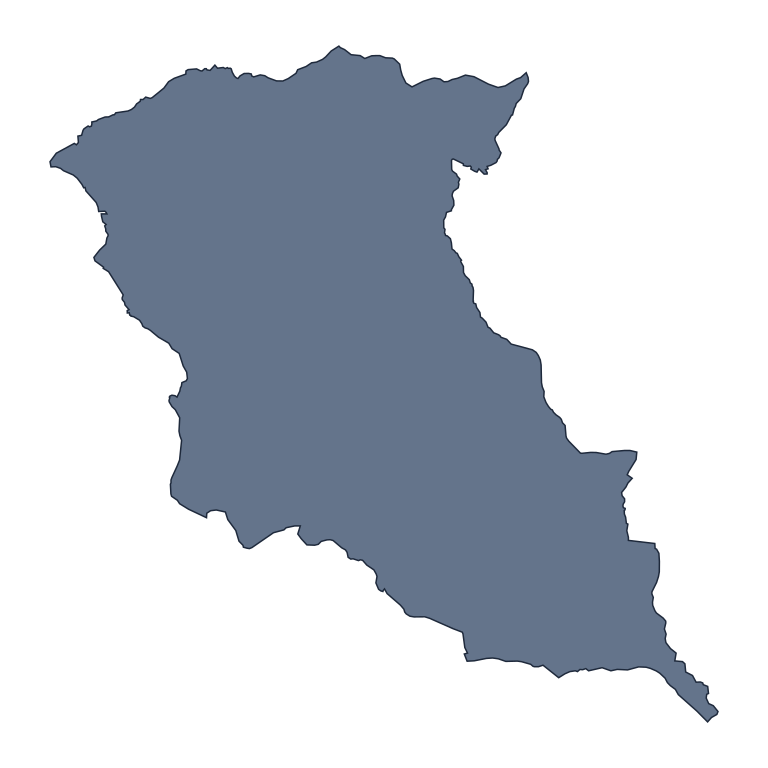 outline of Ilva Mare, Bistrita-Nasaud, Romania
{"feature_id": "2599482B81473048811011", "entity_name": "Ilva Mare", "entity_type": "district", "adm_level": 2, "iso_a3": "ROU", "parent_name": "Romania", "parent_adm1": "Bistrita-Nasaud", "projection": "mercator", "projection_center": [24.906, 47.351], "detail": "fine", "context": "isolated", "style": "filled", "palette": "slate", "viewbox_px": 768, "rotation_deg": 0, "n_neighbors": 0, "source": "geoboundaries", "source_scale": "gbopen_adm2", "svg_char_len": 6011}
<svg xmlns="http://www.w3.org/2000/svg" viewBox="0 0 768 768"><path d="M610.9,670.8L617.2,669.4L627.6,669.9L638.6,666.9L646.1,667.2L650.4,668.4L656.2,670.9L659.8,673.2L665.1,678.2L667.4,682.6L670.3,685.6L675.4,689.4L678.3,694.6L696.8,711.0L707.6,721.9L711.5,717.5L716.9,714.4L718.0,711.5L713.3,705.7L708.7,703.6L706.2,698.1L706.7,694.3L708.5,693.5L707.7,686.4L703.3,684.7L702.7,682.9L700.4,682.0L696.1,682.2L692.5,675.5L685.7,672.0L684.9,663.8L682.5,661.6L674.8,660.9L676.1,653.1L670.5,648.6L665.9,642.6L665.2,638.5L666.1,634.1L664.4,629.0L665.8,623.0L665.7,621.1L663.2,618.1L656.4,613.0L654.9,610.7L652.7,605.3L652.5,602.2L653.3,597.4L651.9,594.0L651.9,591.9L656.6,582.4L658.5,576.4L659.3,571.8L659.4,561.4L658.9,553.3L656.6,549.2L655.1,548.5L654.8,543.5L628.4,540.4L628.4,537.3L626.8,530.7L627.9,524.1L626.4,523.4L625.6,517.1L624.4,514.1L624.2,510.5L625.0,509.9L625.2,508.4L623.4,507.7L622.9,506.0L623.2,504.1L624.6,501.8L624.6,498.8L622.1,495.7L621.6,492.5L625.9,487.1L627.9,483.1L632.2,478.3L627.2,474.8L628.8,471.3L636.1,459.5L636.8,452.1L630.0,450.5L624.4,450.5L612.1,451.6L609.4,453.4L606.0,454.2L596.2,452.5L590.7,452.4L581.9,453.3L580.4,453.1L568.9,441.3L566.6,438.2L566.0,436.0L565.1,425.5L562.5,422.8L561.3,419.3L559.7,417.4L556.1,414.9L553.5,412.3L552.3,409.9L550.7,409.2L548.4,406.4L546.0,402.5L543.8,396.8L544.1,391.4L542.3,386.9L541.5,382.7L541.1,364.9L540.3,360.0L538.3,355.5L536.2,352.4L532.4,349.8L511.2,344.1L506.7,339.3L501.0,337.3L500.0,335.7L498.5,334.7L493.7,332.8L490.0,328.2L488.0,327.2L486.0,322.1L482.2,318.1L480.5,317.1L479.9,312.5L476.6,307.5L475.8,303.9L473.8,303.2L473.4,302.2L473.4,301.1L473.1,301.1L473.5,290.5L473.0,287.3L472.2,286.1L471.9,284.1L470.3,282.9L469.3,279.7L465.2,275.7L463.5,272.5L463.4,266.5L460.8,261.7L460.7,260.9L461.5,260.2L458.8,256.7L457.3,253.4L455.9,252.8L454.3,250.7L452.0,249.0L451.4,242.8L450.4,238.7L447.3,235.9L445.5,235.5L445.3,234.3L444.5,232.9L445.0,229.3L443.8,227.8L443.7,220.1L445.5,216.9L446.5,212.4L451.4,210.8L451.4,209.7L453.9,205.2L453.7,200.5L452.1,195.9L452.4,193.6L453.5,191.2L458.2,187.8L458.9,184.2L458.4,182.3L459.8,179.0L457.2,176.1L456.5,174.1L452.5,171.1L451.7,169.4L451.5,160.3L452.3,159.2L453.4,159.0L463.3,163.8L463.4,165.4L467.2,166.4L470.3,166.0L471.3,167.2L470.8,169.0L474.7,171.3L477.0,172.1L478.9,168.9L484.1,174.1L487.1,174.0L487.2,172.8L485.5,169.6L488.1,168.8L487.1,166.4L490.8,165.3L496.0,162.6L497.0,161.3L497.5,159.3L499.0,157.9L500.8,153.5L501.0,152.8L499.2,150.2L499.0,148.9L495.2,140.6L494.8,138.9L495.7,136.1L497.7,134.6L498.7,132.5L506.3,124.8L511.5,115.1L512.5,115.0L514.3,108.3L515.4,106.5L516.2,103.5L520.8,98.7L524.0,89.0L527.7,83.7L528.5,81.4L528.1,77.5L526.2,72.7L520.6,77.6L516.4,79.1L505.3,85.9L498.0,87.5L488.6,84.2L474.0,76.7L465.4,75.1L457.4,78.3L452.1,79.5L448.0,81.5L444.0,81.8L440.1,79.0L434.5,78.1L432.0,78.5L423.2,81.3L412.0,86.9L405.9,83.0L402.2,75.4L400.7,70.0L399.7,64.2L394.2,58.9L392.3,58.1L385.6,57.8L379.8,55.6L376.3,55.6L371.7,55.8L364.8,58.5L360.2,55.6L351.1,54.7L344.6,49.6L340.3,47.6L338.9,46.1L331.2,51.0L325.7,56.9L322.5,59.4L316.5,62.1L311.6,62.8L306.1,66.5L297.7,69.7L296.0,73.3L288.2,78.6L282.8,81.0L276.5,80.9L268.1,77.8L264.8,75.7L260.2,74.9L253.7,76.9L251.7,75.9L251.3,74.0L248.7,73.4L244.1,73.5L240.0,75.9L238.0,78.5L236.5,78.0L234.4,76.1L232.3,72.3L231.2,68.8L230.3,68.2L228.3,68.4L227.4,67.6L225.2,68.6L223.3,67.5L217.5,68.2L214.9,65.1L210.1,70.4L207.0,69.9L206.3,68.7L204.7,68.7L202.0,71.0L200.2,70.7L196.6,68.9L188.1,69.6L186.0,70.9L185.8,74.1L174.2,78.3L168.6,81.7L163.9,88.1L152.1,97.7L150.2,98.4L145.7,97.1L143.1,99.5L140.5,99.5L140.2,101.3L136.6,103.9L134.5,107.1L131.4,109.5L128.0,111.0L115.8,112.8L114.4,114.7L112.8,114.9L108.7,116.9L105.1,117.0L98.4,119.5L96.7,120.9L91.8,122.0L91.9,123.7L91.4,126.1L89.6,126.8L88.1,126.0L85.3,127.9L83.9,128.9L83.0,130.4L81.6,135.3L77.9,136.1L78.4,142.5L76.4,144.8L74.3,143.4L56.3,153.2L50.0,161.7L51.0,166.9L55.8,166.7L60.6,168.4L63.5,170.7L73.3,175.0L77.2,178.2L82.0,184.5L83.7,187.8L85.1,187.5L85.9,190.9L96.2,202.5L98.0,207.0L98.7,211.5L104.9,211.2L106.1,212.4L106.9,213.9L101.3,213.9L101.5,216.2L102.8,221.8L106.1,224.5L104.7,225.9L105.7,228.8L105.8,231.2L108.0,234.3L108.1,235.7L106.9,238.0L105.8,244.1L99.6,250.1L93.9,257.4L95.0,260.9L103.6,267.2L103.2,268.4L108.6,271.7L123.2,294.9L122.1,298.0L122.3,299.6L124.5,302.3L125.0,305.0L129.0,309.6L127.2,310.6L127.3,313.0L129.3,312.8L129.7,315.1L130.7,315.4L130.9,316.1L133.7,316.7L139.5,320.2L141.8,323.6L142.8,326.2L145.1,327.9L147.7,328.7L150.1,330.2L158.5,337.2L168.8,343.2L172.1,348.7L179.2,353.4L183.2,366.0L186.7,372.2L187.4,378.6L186.2,380.8L181.9,382.6L181.3,386.4L180.5,387.6L179.8,391.2L177.0,397.1L175.0,395.7L171.9,395.2L169.9,396.1L169.3,397.1L169.8,397.7L169.0,400.6L169.2,401.9L172.0,406.6L175.3,409.7L179.7,417.8L179.0,431.2L179.9,435.7L181.6,440.3L179.6,460.0L177.2,466.0L171.9,477.5L171.0,480.0L171.0,482.8L170.4,484.3L170.9,493.9L171.6,496.3L177.4,500.3L179.6,503.7L188.5,509.2L206.5,517.7L206.8,513.2L210.6,510.7L216.3,510.0L225.4,512.0L227.8,519.6L235.8,530.5L239.0,541.2L243.0,545.3L243.4,547.2L247.0,548.2L249.4,548.6L251.9,547.6L273.5,532.7L283.9,529.9L286.2,527.7L294.8,525.9L300.3,525.9L297.8,534.0L301.2,538.7L306.9,544.9L314.7,545.2L318.3,544.3L321.2,541.4L326.9,539.9L330.1,539.7L333.1,540.5L341.7,547.8L345.5,549.9L347.1,552.4L348.1,557.3L350.8,559.1L353.1,558.8L358.5,560.6L360.3,559.8L362.6,560.3L366.8,565.1L373.9,569.9L376.2,574.0L377.0,576.5L375.9,582.9L378.6,589.3L380.8,590.9L382.9,591.5L383.2,590.5L384.5,588.9L387.1,593.6L400.4,605.1L403.9,609.2L404.7,612.0L406.2,613.9L409.9,616.2L414.0,616.9L424.8,616.8L429.6,618.3L453.1,628.7L462.3,632.2L463.0,634.0L464.8,647.5L467.5,653.1L464.3,654.0L467.1,661.2L474.3,660.8L486.5,658.4L492.6,658.0L498.3,658.8L505.8,661.4L517.3,661.1L521.6,661.7L530.7,664.3L533.0,666.3L534.3,666.7L538.5,666.7L543.0,665.2L558.7,677.7L564.9,673.8L569.9,671.6L575.3,670.8L577.5,671.6L579.9,669.5L582.7,669.7L585.8,668.6L588.6,670.8L602.1,667.7L610.9,670.8Z" fill="#64748b" stroke="#1e293b" stroke-width="1.5"/></svg>